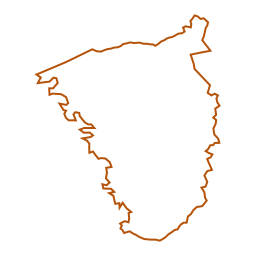 the district of Seberi, Rio Grande do Sul, Brazil
{"feature_id": "56859067B19593958817427", "entity_name": "Seberi", "entity_type": "district", "adm_level": 2, "iso_a3": "BRA", "parent_name": "Brazil", "parent_adm1": "Rio Grande do Sul", "projection": "robinson", "projection_center": [-53.366, -27.504], "detail": "fine", "context": "isolated", "style": "outline", "palette": "amber", "viewbox_px": 256, "rotation_deg": 0, "n_neighbors": 0, "source": "geoboundaries", "source_scale": "gbopen_adm2", "svg_char_len": 2301}
<svg xmlns="http://www.w3.org/2000/svg" viewBox="0 0 256 256"><path d="M183.7,222.7L186.6,222.7L188.0,216.4L190.9,214.1L193.3,210.2L196.9,206.9L199.7,206.6L202.4,206.0L204.1,203.8L206.7,200.6L205.0,197.5L204.4,192.3L201.5,187.6L205.5,186.6L207.3,181.9L204.4,175.5L207.3,171.1L211.9,169.9L208.5,162.1L207.2,159.0L210.8,157.2L212.4,154.4L209.1,153.1L205.7,151.1L208.2,149.0L210.2,145.3L213.0,145.1L214.8,143.0L219.3,142.8L218.2,138.7L214.3,134.4L213.4,128.4L215.6,124.1L216.2,120.1L213.3,117.5L216.1,114.9L215.3,108.6L219.5,105.7L217.5,102.6L216.4,98.5L217.9,95.4L214.6,93.7L211.4,95.4L207.7,92.9L210.0,85.2L194.6,69.0L193.7,63.8L190.7,54.6L210.4,50.7L202.2,40.1L203.8,36.6L204.8,32.3L205.7,28.0L207.3,25.5L208.0,22.2L203.7,18.3L200.5,18.9L197.8,16.5L194.6,15.4L192.6,18.5L190.4,21.0L191.3,24.0L190.8,27.4L185.7,26.3L183.1,27.5L184.6,31.5L182.0,33.2L178.2,33.7L175.0,35.6L172.2,37.0L169.4,37.6L166.8,38.5L164.5,40.1L161.2,41.5L158.0,44.1L155.5,45.8L152.9,44.4L150.4,44.4L147.5,43.8L143.9,43.8L139.3,42.6L136.3,42.9L133.6,43.0L130.1,42.4L126.5,43.4L123.1,44.1L120.7,46.1L117.5,47.3L114.0,47.6L110.7,48.7L107.9,49.0L104.6,50.1L100.8,51.6L96.8,51.3L92.3,49.3L65.7,62.2L36.5,74.5L40.8,77.5L37.8,83.1L49.5,81.6L53.5,77.7L56.4,78.2L57.7,83.0L53.1,88.3L49.2,88.3L49.5,94.8L52.7,93.6L61.1,94.2L66.1,97.1L68.2,103.1L66.2,104.9L59.5,103.6L63.5,110.1L66.0,110.7L64.3,113.8L65.9,117.8L68.7,120.3L72.0,120.3L75.8,120.4L73.5,114.4L75.3,112.2L79.2,112.9L79.7,116.0L84.7,122.3L88.2,124.4L91.2,124.4L94.3,128.0L84.0,128.0L79.8,129.6L83.8,132.7L89.7,132.6L93.0,135.4L90.7,137.0L82.6,138.4L87.1,140.7L89.4,143.8L89.2,147.0L89.4,152.8L93.0,151.5L95.3,154.8L98.5,158.8L100.9,158.1L105.5,158.5L109.8,162.3L111.5,167.0L106.2,167.8L107.0,172.6L105.9,178.3L109.6,182.5L106.6,185.2L102.4,184.3L103.4,188.5L111.1,188.8L114.2,191.9L109.2,193.1L113.4,195.8L114.3,200.0L115.3,203.8L119.3,203.2L119.6,207.7L122.6,202.8L126.6,208.3L131.2,212.0L128.6,213.0L129.2,218.3L128.5,222.3L124.7,221.2L120.1,223.6L121.9,225.5L120.5,228.5L122.6,230.2L124.1,233.0L129.6,231.3L133.2,233.6L136.4,235.1L139.0,236.8L141.5,237.9L144.2,239.0L147.9,239.4L152.0,239.7L155.3,239.6L159.8,240.6L162.3,239.3L165.6,237.1L168.3,234.4L172.0,232.0L174.7,230.0L177.7,229.3L179.4,226.2L181.2,224.2L183.7,222.7Z" fill="none" stroke="#b45309" stroke-width="2"/></svg>